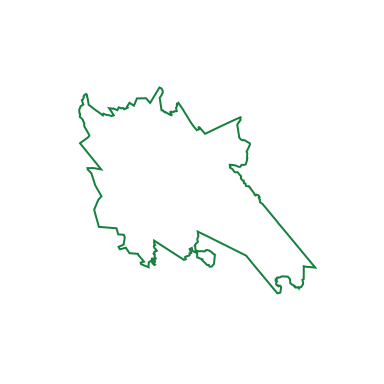 Lejasciema pag., Gulbene, Latvia, rotated 218°
{"feature_id": "27541924B69346884723043", "entity_name": "Lejasciema pag.", "entity_type": "district", "adm_level": 2, "iso_a3": "LVA", "parent_name": "Latvia", "parent_adm1": "Gulbene", "projection": "robinson", "projection_center": [26.479, 57.294], "detail": "fine", "context": "isolated", "style": "outline", "palette": "green", "viewbox_px": 384, "rotation_deg": 218, "n_neighbors": 0, "source": "geoboundaries", "source_scale": "gbopen_adm2", "svg_char_len": 5785}
<svg xmlns="http://www.w3.org/2000/svg" viewBox="0 0 384 384"><g transform="rotate(218 192 192)"><path d="M176.5,265.9L182.2,265.2L183.5,264.6L183.8,263.9L185.0,263.6L186.1,263.5L187.3,263.8L187.9,263.8L188.5,264.1L189.3,265.0L197.6,272.7L198.2,275.5L198.2,275.8L197.8,276.1L198.2,277.7L198.0,278.4L198.3,279.0L198.8,279.1L199.1,279.3L199.6,280.3L199.3,281.5L200.0,280.4L203.2,274.4L209.0,263.1L217.5,245.9L224.8,247.3L226.1,247.6L226.6,247.2L226.6,246.9L226.0,246.5L224.8,246.2L226.3,243.7L226.9,243.8L231.1,244.7L235.2,245.9L250.5,251.6L257.6,253.9L257.8,252.9L258.3,252.4L257.9,251.6L257.2,251.5L256.5,249.4L256.3,248.4L253.8,246.3L255.7,244.7L255.5,244.4L255.6,244.0L256.2,243.2L256.8,242.8L258.0,242.5L258.3,242.2L258.4,241.8L258.3,241.6L256.4,240.6L255.5,240.3L255.4,240.0L256.2,239.6L256.9,239.3L262.3,238.6L262.3,238.1L264.3,238.1L265.0,238.5L266.3,237.6L275.4,246.3L275.6,248.3L275.5,249.3L276.1,250.9L276.1,252.1L277.5,253.8L279.9,254.8L282.0,254.3L279.8,236.4L285.9,237.6L293.0,231.8L290.9,224.3L296.2,223.8L295.7,218.9L294.6,218.9L296.3,215.5L297.8,215.9L298.5,215.2L299.3,214.3L301.8,213.7L301.2,210.5L305.4,209.4L305.5,209.0L308.9,207.0L300.9,204.3L302.1,202.4L304.7,201.4L307.3,199.9L310.0,199.2L309.4,197.5L314.8,197.4L317.1,197.2L327.0,197.1L328.3,198.2L330.2,200.0L330.7,200.4L330.8,200.4L331.2,201.0L333.7,202.8L333.8,203.2L334.8,203.9L335.7,204.1L335.8,203.9L335.7,203.5L336.3,202.9L336.4,201.9L336.5,201.6L336.3,201.1L336.3,200.6L336.1,200.3L335.6,200.1L334.9,197.9L335.4,196.7L333.3,195.1L331.5,194.1L331.5,193.8L332.5,191.1L332.0,189.0L331.7,188.4L331.7,187.9L331.5,187.3L329.1,184.7L328.5,184.7L328.2,184.6L327.2,183.1L327.1,182.9L327.2,182.7L326.8,182.2L326.2,182.0L325.2,182.1L322.9,181.8L322.0,181.3L321.5,181.1L321.3,180.8L319.3,180.0L318.9,179.5L318.7,178.9L317.2,177.4L307.7,173.5L307.8,173.5L307.6,173.3L307.5,171.3L310.3,161.5L277.5,153.9L284.5,150.1L289.1,146.4L287.9,145.5L283.9,145.0L282.8,144.8L272.4,137.7L260.7,132.9L261.0,128.1L258.2,117.8L243.9,107.2L229.2,116.9L224.0,113.2L219.4,116.3L217.0,114.8L213.5,108.4L216.1,103.6L213.8,102.5L213.4,102.6L209.8,107.4L209.2,107.1L203.6,105.3L196.5,110.0L195.5,109.3L187.0,107.6L189.0,104.7L187.7,103.8L179.9,106.0L180.5,106.6L182.8,110.1L181.9,112.6L180.7,112.3L179.0,111.5L176.7,111.3L176.4,112.0L177.2,112.1L178.3,112.8L178.3,113.3L178.1,114.2L178.2,114.5L178.6,114.8L179.1,114.7L180.1,114.1L180.7,113.9L181.6,114.0L182.4,114.4L182.6,114.8L182.4,115.2L181.9,115.5L180.2,116.1L179.8,116.6L179.5,117.1L179.9,117.4L181.0,117.7L182.0,118.3L182.3,118.8L182.5,119.5L182.9,119.6L183.9,119.5L184.3,119.7L184.3,120.1L184.0,120.5L183.9,120.7L184.1,121.0L184.7,121.3L184.9,121.7L184.0,123.2L183.5,123.8L183.5,124.0L183.8,124.2L187.1,124.8L188.5,125.5L188.8,125.9L188.9,126.9L189.2,127.2L188.6,127.6L190.8,128.9L191.9,130.4L157.2,133.5L156.6,133.5L155.5,135.2L157.3,136.3L157.4,136.7L156.4,138.4L155.7,139.3L155.1,140.1L155.1,140.8L155.1,141.1L156.2,142.1L155.1,143.4L158.7,145.6L157.7,147.8L155.2,145.8L151.5,146.7L151.1,147.3L150.7,147.6L147.7,143.7L142.4,145.3L142.4,144.6L135.0,143.8L133.8,144.8L132.3,143.9L130.5,145.4L130.5,146.3L130.4,148.9L135.3,156.6L135.6,156.8L135.8,156.7L136.0,156.7L136.4,156.4L137.6,156.5L137.9,156.4L139.6,156.8L141.6,156.4L141.9,156.6L144.3,155.7L145.3,154.5L145.2,153.5L146.2,152.3L147.1,152.0L150.0,149.6L151.7,148.8L153.3,148.3L155.2,150.2L156.3,151.5L156.8,151.3L157.0,152.0L157.1,152.8L156.7,156.1L156.7,156.5L158.0,157.2L158.4,157.6L159.1,158.8L159.9,161.3L160.3,161.8L161.0,162.2L162.3,163.6L163.1,164.3L153.0,166.5L110.1,175.2L109.6,175.1L102.7,173.5L62.3,164.7L60.5,167.1L62.0,169.9L63.2,171.8L64.3,172.1L64.8,171.9L64.8,172.0L65.0,171.9L65.1,172.0L65.3,171.7L65.5,171.7L65.9,171.5L66.0,171.7L66.3,171.6L66.4,171.4L66.5,171.5L66.9,171.3L66.8,171.2L67.0,171.0L66.9,170.9L67.0,170.9L67.5,171.1L67.6,170.9L67.8,170.9L67.9,171.0L68.1,171.0L68.1,170.9L68.4,170.9L68.8,171.2L69.3,171.5L69.7,172.1L69.8,172.9L70.4,173.4L70.5,173.4L71.0,173.5L70.8,173.8L71.2,173.8L71.7,174.2L71.3,174.3L71.5,174.4L71.3,174.6L71.5,174.7L71.5,174.8L71.9,174.8L72.0,175.0L72.1,175.3L71.6,175.4L71.5,175.5L71.6,175.9L71.0,176.0L71.4,176.1L71.6,176.2L71.9,176.3L72.1,176.5L72.1,176.8L72.1,177.0L71.8,177.2L71.7,177.5L71.3,177.5L71.2,177.7L71.2,177.8L70.1,179.0L69.3,180.8L64.4,184.3L61.1,183.6L58.4,180.7L56.2,180.6L55.6,180.9L54.9,181.0L54.3,180.8L54.1,181.1L53.5,181.1L53.2,181.1L53.3,180.9L53.1,180.6L52.1,180.4L51.7,180.4L51.3,180.7L51.3,181.0L50.6,181.3L50.3,181.6L50.1,181.6L49.8,181.7L49.6,181.9L49.6,182.0L49.3,181.9L48.9,182.1L48.9,182.3L48.7,182.2L48.8,182.4L48.6,182.4L48.6,182.6L48.4,182.8L48.6,183.0L48.1,183.5L47.6,184.2L47.5,184.3L47.7,187.5L48.1,188.4L51.0,190.9L50.4,192.2L58.2,202.3L57.1,202.7L48.4,208.3L99.1,219.4L103.7,220.3L107.6,221.3L129.0,226.0L132.0,225.8L133.9,227.7L133.9,227.9L134.8,228.0L135.4,228.2L135.8,228.6L135.6,229.4L136.2,229.4L136.2,229.8L136.5,230.1L137.0,230.3L138.6,230.1L139.3,229.7L139.6,228.5L140.9,228.3L141.1,228.9L148.7,231.0L148.4,231.1L149.1,231.4L150.2,231.2L150.9,231.4L151.0,231.5L152.1,230.4L153.3,230.0L154.9,231.4L155.1,231.6L156.3,231.2L156.5,231.0L158.2,232.8L158.7,232.2L161.8,232.7L162.9,234.6L163.3,234.5L163.9,234.8L165.4,235.0L167.6,235.6L168.2,235.6L168.6,235.5L169.6,234.4L170.0,234.2L170.6,234.0L171.7,234.1L172.1,234.2L172.7,234.6L174.3,234.9L175.0,234.9L176.3,234.5L177.5,234.9L177.6,235.3L177.4,235.7L177.5,235.9L177.9,236.1L178.5,236.3L179.0,236.7L175.9,238.8L175.5,238.8L174.2,239.7L170.9,240.5L169.8,241.2L169.7,241.3L169.5,241.8L169.4,242.5L169.6,242.9L169.6,243.9L169.3,244.2L167.5,245.5L167.4,245.8L166.7,246.8L168.1,250.7L169.1,252.0L169.0,252.5L169.5,253.0L169.7,252.9L172.4,256.7L173.8,257.3L175.0,263.1L175.2,263.4L175.4,264.7L175.7,265.3L176.0,265.7L176.5,265.9Z" fill="none" stroke="#15803d" stroke-width="2"/></g></svg>